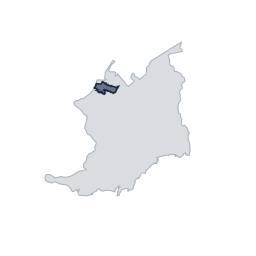 Inírida, Guainía, Colombia shown in context, rotated 229°
{"feature_id": "7082276B88046455152973", "entity_name": "Inírida", "entity_type": "district", "adm_level": 2, "iso_a3": "COL", "parent_name": "Colombia", "parent_adm1": "Guainía", "projection": "natural_earth1", "projection_center": [-68.552, 3.202], "detail": "fine", "context": "in_parent", "style": "filled", "palette": "slate", "viewbox_px": 256, "rotation_deg": 229, "n_neighbors": 0, "source": "geoboundaries", "source_scale": "gbopen_adm2", "svg_char_len": 7436}
<svg xmlns="http://www.w3.org/2000/svg" viewBox="0 0 256 256"><g transform="rotate(229 128 128)"><path d="M144.5,38.2L142.3,39.2L138.1,40.4L135.2,45.9L133.3,46.8L130.8,50.0L129.0,54.0L127.6,62.2L124.0,69.1L124.3,69.4L125.8,69.1L127.1,68.3L127.6,68.5L128.1,69.7L129.7,70.0L131.0,75.6L133.5,78.5L133.7,79.6L134.0,81.9L133.2,83.3L132.9,88.4L133.7,89.7L135.5,90.2L136.7,93.3L137.5,94.1L138.6,94.6L141.4,94.1L146.3,94.6L147.4,94.5L150.2,93.4L153.7,94.8L156.2,95.0L163.2,104.6L163.9,104.3L164.8,104.9L166.6,103.9L168.1,103.7L170.1,104.2L172.8,104.2L178.1,103.2L178.9,102.7L181.8,103.2L182.7,104.0L183.1,105.7L182.7,106.8L181.7,108.0L181.2,109.4L181.1,111.1L180.5,112.4L179.6,113.3L179.2,114.5L179.4,116.1L178.9,123.3L179.3,123.9L179.7,126.9L180.9,130.8L181.5,131.9L182.5,132.8L184.4,135.9L184.0,137.0L179.1,142.0L178.9,143.1L179.8,142.7L181.3,143.1L181.8,144.3L185.4,147.8L185.3,149.1L186.4,151.7L186.2,152.3L188.7,159.7L188.7,161.3L186.7,161.7L186.6,156.8L186.3,155.7L184.0,151.3L183.5,151.0L181.9,151.5L179.3,154.7L178.1,155.2L177.2,154.8L176.2,152.8L175.6,152.5L174.9,154.1L175.7,155.6L164.3,155.5L162.1,154.9L159.0,155.7L159.0,163.2L164.4,163.3L165.9,165.5L165.7,167.2L166.0,167.8L164.7,168.2L162.8,167.0L159.4,168.4L157.0,168.8L156.8,177.1L158.3,179.1L161.2,181.3L161.6,182.8L161.4,184.3L162.1,186.1L163.0,187.0L163.0,188.1L163.5,189.3L157.9,224.5L155.8,222.3L155.1,220.4L154.1,219.6L152.2,220.2L150.2,219.2L156.8,207.3L156.5,206.2L151.0,203.3L150.5,202.5L147.8,201.0L146.4,201.4L145.5,202.2L143.5,202.5L141.9,201.2L140.0,200.4L137.7,202.4L137.0,202.3L135.3,203.2L133.6,203.5L131.3,202.7L129.4,203.3L128.1,203.1L127.6,202.5L126.0,201.8L125.8,201.0L126.2,199.5L125.5,196.6L125.3,196.1L124.0,196.1L122.5,195.0L122.3,194.4L122.6,193.2L122.3,192.2L120.9,189.9L118.9,189.3L117.0,187.4L115.0,186.7L114.2,185.3L113.3,182.2L111.3,179.7L109.9,178.9L109.5,177.8L108.1,177.6L106.1,176.0L105.3,175.9L104.7,176.7L102.9,175.9L101.3,174.7L99.7,174.4L98.7,173.7L96.8,171.5L94.8,170.4L93.6,170.8L93.2,172.4L92.6,172.7L90.2,172.3L89.8,172.7L89.2,172.6L86.4,171.3L83.5,170.9L82.8,168.1L81.0,167.1L80.5,165.8L79.2,165.9L74.4,163.4L72.4,161.6L70.7,160.6L68.9,158.6L68.6,157.8L67.3,156.7L67.9,155.2L69.6,154.1L71.8,154.9L72.0,153.2L71.2,151.7L71.6,148.2L72.2,147.4L73.4,146.7L74.1,147.0L74.6,146.4L76.3,146.7L76.9,146.4L78.2,145.0L78.8,143.9L79.4,144.0L80.8,142.2L80.6,140.3L82.0,139.9L83.4,136.8L84.0,136.7L84.3,135.3L86.8,130.2L85.9,130.8L84.9,130.4L85.1,128.7L84.8,128.5L84.0,129.8L83.3,128.5L83.5,126.3L82.4,126.7L82.4,126.2L84.0,124.6L84.7,120.8L84.2,119.5L83.9,113.9L83.6,112.8L82.3,111.4L84.4,109.8L85.1,108.6L84.2,106.1L83.0,104.0L82.9,102.7L83.7,102.9L84.0,99.4L83.3,98.0L82.4,98.0L79.7,92.9L78.7,91.8L79.5,89.3L80.3,88.2L80.1,86.4L80.7,86.5L81.9,88.2L82.4,87.9L84.2,86.3L84.3,84.8L85.8,83.2L83.7,77.9L83.0,77.1L83.9,75.4L84.4,75.5L85.2,77.2L86.5,78.3L88.4,81.2L89.2,81.8L88.6,82.5L88.5,83.2L88.8,83.6L89.9,83.7L90.3,82.9L90.0,79.3L89.6,77.5L88.6,76.2L88.9,75.7L90.9,74.8L95.0,71.4L96.5,68.2L97.5,67.1L98.8,66.3L100.2,66.5L101.4,66.1L101.8,65.1L101.0,62.9L101.9,59.8L101.9,58.3L102.5,57.4L102.3,57.0L100.8,58.1L102.3,55.9L103.4,52.7L109.4,46.9L113.3,48.3L114.5,48.2L112.9,48.9L112.7,49.7L113.2,50.6L113.8,50.9L114.3,50.3L115.6,46.9L115.8,45.1L116.4,44.4L117.2,44.2L121.0,45.0L124.6,44.7L130.5,39.9L135.0,37.8L136.1,35.9L136.4,34.4L137.2,33.8L138.0,33.8L138.5,33.0L140.6,31.7L142.8,31.5L145.1,32.7L146.1,34.7L146.3,36.0L144.5,38.2ZM76.4,146.1L76.1,146.3L75.6,145.8L75.4,145.3L75.8,144.8L76.2,145.0L76.4,146.1Z" fill="#d9dde1" stroke="#a8b0b8" stroke-width="1"/><path d="M169.1,133.0L169.1,133.3L169.1,133.5L169.3,133.5L169.4,133.4L169.6,133.5L170.0,133.7L170.4,134.4L170.6,134.5L170.8,134.5L171.1,134.5L171.3,134.6L171.7,134.5L171.8,134.5L172.0,134.4L172.1,134.5L172.4,134.5L172.5,134.6L172.6,134.8L172.6,135.0L172.5,135.3L172.4,135.4L172.4,135.6L172.2,135.6L171.9,135.6L171.7,135.7L171.7,135.8L171.5,136.0L171.5,135.9L171.5,136.0L171.4,136.0L171.2,135.9L171.2,136.1L170.9,136.3L170.9,136.2L170.9,136.3L170.6,136.4L170.5,136.5L170.4,136.4L170.3,136.5L170.2,136.5L169.9,136.6L169.7,136.8L169.5,136.7L169.5,136.8L169.4,136.8L169.3,137.0L169.2,137.0L169.0,137.4L168.9,137.4L168.9,137.5L168.7,137.4L168.6,137.5L168.4,137.6L168.3,137.8L168.2,137.8L168.0,138.0L167.9,138.0L167.8,138.3L167.6,138.4L167.3,138.4L167.3,138.5L167.1,138.5L166.9,138.6L166.6,138.3L166.3,138.3L165.9,138.9L165.8,139.0L165.5,139.3L165.3,139.3L165.2,139.3L165.0,139.2L164.8,139.3L164.8,139.5L164.7,139.6L164.3,139.9L164.3,140.1L164.2,140.1L164.1,140.3L164.1,140.5L163.9,140.6L163.7,140.3L163.6,140.8L163.4,141.4L163.3,141.6L163.5,141.8L163.4,142.1L163.3,142.3L163.5,142.5L163.9,142.9L163.9,143.0L164.0,143.1L163.9,143.3L164.0,143.4L165.6,148.2L165.8,147.7L165.7,147.5L165.8,147.4L165.7,147.2L165.8,147.2L165.7,147.1L165.8,147.1L165.9,146.9L165.9,146.7L166.0,146.4L166.2,146.2L166.2,145.8L166.2,145.5L166.4,145.3L166.9,145.4L167.1,145.4L167.3,145.0L167.6,145.0L168.0,144.8L168.1,144.7L168.3,144.5L168.4,144.4L168.6,144.4L168.9,144.1L169.0,144.1L169.2,143.9L169.3,143.8L169.5,143.7L169.5,143.8L169.6,143.6L169.8,143.6L169.9,143.4L170.0,143.3L170.1,143.2L170.3,143.1L170.5,143.1L170.5,142.9L170.6,143.0L170.6,142.9L170.8,142.8L170.8,142.6L171.0,142.5L171.3,142.4L171.4,142.5L171.6,142.3L171.7,142.1L171.9,142.1L172.2,141.9L172.3,141.9L172.4,141.7L172.5,141.6L172.6,141.4L172.8,141.3L172.8,141.2L173.0,141.1L173.2,140.9L173.2,141.0L173.3,140.9L173.4,141.0L173.4,140.9L173.5,140.9L173.7,140.7L173.9,140.4L174.1,140.4L174.2,140.5L175.4,140.9L175.8,140.9L175.7,140.7L175.9,140.5L175.9,140.4L175.9,140.1L175.8,139.8L175.9,139.7L176.3,139.7L176.4,139.8L176.5,139.7L176.9,139.8L177.1,140.0L177.4,140.1L177.5,139.9L177.7,139.6L177.9,139.6L178.0,139.5L178.3,139.5L178.6,139.2L178.8,139.1L179.0,139.1L179.3,139.2L179.3,139.4L179.5,139.4L179.7,139.0L179.6,138.7L179.5,138.4L179.6,138.1L179.2,137.9L179.0,137.0L178.9,136.8L178.9,136.6L179.0,136.2L179.5,135.8L179.5,135.7L179.8,135.5L179.8,135.4L179.9,135.2L180.1,135.2L180.3,135.1L180.4,134.9L180.5,134.8L180.7,134.7L180.8,134.6L181.0,134.5L181.1,134.4L181.2,134.2L181.3,134.2L181.6,133.9L181.7,133.7L181.8,133.6L182.0,133.5L182.0,133.4L181.9,133.2L182.0,133.2L182.1,132.9L182.0,132.7L182.0,132.8L181.9,132.7L181.8,132.4L181.7,132.0L181.4,132.0L181.3,131.7L181.1,131.7L181.0,131.3L181.0,130.9L181.0,130.7L180.9,130.4L180.7,130.2L180.5,128.9L180.4,128.7L179.9,128.9L179.4,129.4L178.7,130.1L178.4,130.2L178.2,129.8L178.1,129.6L177.8,129.6L177.7,129.5L177.5,129.4L177.3,129.5L177.2,129.5L177.2,129.4L177.2,129.2L176.9,129.7L176.7,129.9L176.8,129.5L176.7,129.4L176.5,129.5L176.4,129.8L176.2,129.8L176.1,129.7L176.3,129.5L176.3,129.4L176.3,129.2L176.2,129.2L175.8,129.3L175.6,129.3L175.4,129.2L175.4,129.3L175.5,129.4L175.5,129.6L175.4,129.7L175.1,129.5L174.7,129.4L174.4,129.4L174.2,129.3L174.0,129.5L173.9,129.7L174.0,129.8L174.0,130.1L173.7,130.2L173.4,130.0L173.1,130.2L173.1,130.3L173.6,130.7L173.6,130.8L173.4,130.9L173.2,130.5L173.1,130.9L173.1,131.1L172.8,130.9L172.7,130.9L172.4,131.2L172.3,131.4L172.5,131.6L172.4,131.7L172.2,131.7L171.9,131.3L171.8,131.5L172.0,131.7L172.0,131.8L171.9,131.9L171.8,131.7L171.7,131.6L171.6,131.8L171.4,131.7L171.3,131.8L171.2,131.8L170.9,131.4L170.7,131.4L170.7,131.5L170.8,131.6L171.0,131.8L170.8,131.8L170.4,131.9L170.2,131.8L170.0,131.7L169.8,131.8L169.8,132.1L169.7,132.3L169.4,132.4L169.2,132.2L169.0,132.4L169.2,132.9L169.2,133.0L169.1,133.0Z" fill="#64748b" stroke="#1e293b" stroke-width="1.5"/></g></svg>